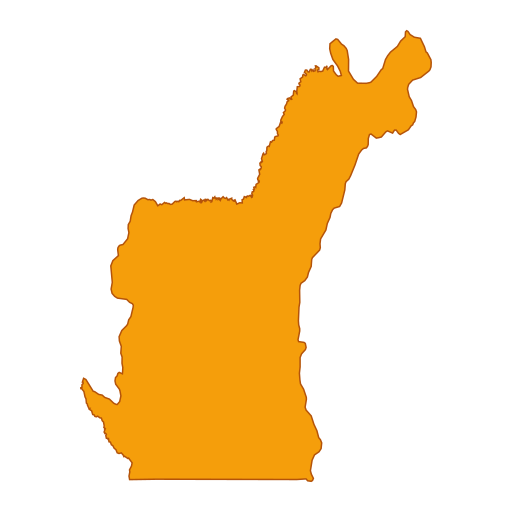 Juruá, Amazonas, Brazil
{"feature_id": "56859067B52882726289547", "entity_name": "Juruá", "entity_type": "district", "adm_level": 2, "iso_a3": "BRA", "parent_name": "Brazil", "parent_adm1": "Amazonas", "projection": "equal_earth", "projection_center": [-66.308, -3.375], "detail": "fine", "context": "isolated", "style": "filled", "palette": "amber", "viewbox_px": 512, "rotation_deg": 0, "n_neighbors": 0, "source": "geoboundaries", "source_scale": "gbopen_adm2", "svg_char_len": 5995}
<svg xmlns="http://www.w3.org/2000/svg" viewBox="0 0 512 512"><path d="M320.4,439.7L318.7,437.6L316.9,430.7L313.9,424.3L311.2,415.9L306.1,410.1L305.1,407.2L306.4,399.3L306.3,397.3L303.6,389.2L300.5,383.9L299.9,379.9L299.4,373.2L300.1,366.9L300.1,357.5L301.6,353.8L305.4,349.6L306.1,347.4L305.3,343.4L304.0,342.4L298.6,341.6L298.0,339.8L299.7,331.1L299.7,328.6L298.7,324.9L298.4,320.8L299.0,307.1L299.8,302.4L299.6,290.2L300.1,285.4L301.0,283.3L304.8,280.6L307.4,277.0L308.5,272.5L311.2,266.4L311.7,259.5L312.4,257.7L319.6,250.1L320.3,247.7L320.0,243.8L320.6,238.9L325.9,230.0L327.3,223.5L330.0,217.5L330.8,213.4L332.6,209.7L334.2,208.1L339.6,206.5L341.6,203.0L344.8,190.0L345.3,183.7L346.1,181.6L348.8,179.2L350.6,175.7L354.9,165.2L358.7,154.0L361.7,149.9L363.6,148.4L366.4,147.9L367.6,146.2L368.2,144.5L368.3,138.5L369.5,134.5L371.0,134.0L376.3,138.1L378.7,137.7L381.4,137.0L385.8,131.9L387.5,130.9L392.6,133.1L394.5,130.1L396.2,130.1L398.6,133.4L400.2,134.5L408.4,129.8L411.1,125.9L412.7,124.8L413.4,122.9L414.7,121.5L416.0,117.0L416.5,111.9L415.7,109.6L413.5,106.6L411.5,100.6L409.2,96.7L407.5,89.3L407.7,87.5L408.7,84.3L412.6,80.1L420.7,77.5L428.8,71.1L429.9,69.8L431.0,66.9L431.2,62.5L430.9,59.7L427.3,52.9L426.0,51.9L424.4,46.7L420.4,38.3L414.3,37.2L410.0,34.5L408.0,31.5L406.7,30.7L405.5,31.9L405.2,36.7L400.6,41.1L397.4,46.4L390.5,52.1L387.7,55.7L385.5,59.5L382.7,68.6L381.3,69.6L376.7,76.4L371.0,82.1L369.8,82.6L366.4,83.3L357.6,83.2L353.4,79.3L348.5,71.1L348.6,59.5L347.2,50.6L346.2,48.4L343.9,45.7L341.5,44.1L337.7,39.4L335.9,38.9L330.0,43.7L329.7,48.8L330.7,53.3L332.9,59.5L337.6,66.0L340.2,71.2L341.4,75.5L338.1,76.3L336.2,74.7L333.5,71.0L333.3,66.4L332.3,65.5L331.2,65.7L327.4,69.6L326.9,68.9L326.9,65.8L326.1,67.4L324.5,67.2L322.7,71.1L320.7,71.6L319.6,71.2L318.0,71.8L317.4,70.1L318.9,69.4L318.9,67.8L316.0,65.8L315.4,65.9L315.9,67.5L314.9,68.7L315.2,70.7L313.6,71.3L313.0,69.7L311.9,71.0L311.2,69.3L310.4,69.3L309.1,72.0L308.2,72.0L306.8,70.1L305.4,70.1L304.4,72.4L306.3,74.0L306.5,74.9L305.8,75.8L303.4,74.4L302.8,75.1L302.6,77.0L300.1,78.8L300.8,81.8L299.1,83.0L298.9,83.8L300.0,84.9L299.9,85.9L299.3,86.5L297.3,86.7L296.7,92.2L294.4,90.6L293.7,91.1L293.3,95.1L291.0,97.0L291.7,99.3L291.1,99.4L289.5,97.9L287.4,98.6L287.1,99.4L288.7,100.1L288.6,100.8L287.2,101.6L286.5,104.0L285.1,106.2L284.6,108.1L285.5,109.9L285.3,110.8L283.4,112.6L284.2,114.4L282.5,116.4L280.8,120.1L280.9,121.5L282.2,122.1L281.8,123.2L280.5,122.5L279.1,126.5L276.3,128.6L276.2,129.4L277.4,131.3L277.5,133.7L278.3,135.0L278.0,135.9L275.2,136.6L274.7,137.3L274.3,140.2L272.6,140.5L271.5,142.2L270.5,141.8L269.2,146.4L268.6,146.1L267.3,146.8L266.9,147.7L266.8,150.7L266.2,151.4L266.4,153.5L264.7,154.7L264.1,154.7L263.6,153.2L263.0,153.9L261.5,158.7L262.4,161.4L261.6,162.3L261.3,161.6L259.9,163.2L260.2,165.6L261.3,166.7L261.2,167.9L260.5,169.4L260.1,169.0L258.9,169.9L259.7,174.3L257.6,178.4L257.8,179.9L258.8,180.5L258.5,181.3L259.2,181.4L259.0,182.4L256.1,184.4L255.7,187.3L255.2,186.8L253.8,187.3L254.3,189.2L253.4,189.5L253.9,190.7L253.5,191.6L252.2,191.9L251.8,193.9L252.6,195.0L252.2,197.1L251.6,197.4L251.2,195.7L250.6,196.0L250.2,195.3L248.1,196.4L247.6,196.0L246.4,196.6L246.4,197.5L244.3,196.6L243.4,199.2L242.1,199.7L242.3,202.9L239.6,202.8L236.8,204.1L235.3,200.5L234.7,201.2L234.1,201.1L234.4,200.1L233.1,200.7L231.7,199.3L231.7,198.2L229.5,199.1L229.0,200.1L228.4,199.4L227.8,199.9L226.6,197.6L225.6,198.4L224.4,198.1L223.1,196.7L221.0,198.8L220.3,200.5L219.2,199.2L219.7,198.2L219.0,197.9L218.1,199.2L217.9,198.2L217.3,198.1L216.2,199.2L216.0,198.0L215.2,198.2L214.8,196.8L213.7,198.1L212.8,197.6L211.8,201.7L211.1,202.0L211.2,201.0L210.7,200.3L209.4,200.7L207.9,199.3L206.2,200.8L206.3,199.5L205.5,199.3L205.0,199.4L204.6,201.0L203.7,200.1L202.6,200.5L201.6,202.5L200.3,201.1L200.1,202.2L199.3,201.2L196.4,201.8L196.0,201.3L196.2,200.6L192.7,200.7L189.5,199.4L184.6,199.9L184.2,197.7L180.6,200.5L179.8,200.3L178.8,201.7L178.0,201.2L176.7,201.8L176.1,201.2L175.0,201.4L172.1,204.2L170.4,204.4L168.9,203.4L168.1,203.7L166.4,202.9L165.7,203.3L164.6,202.4L161.8,204.7L160.1,204.0L157.8,205.8L155.4,201.6L152.8,199.5L151.0,200.1L149.7,199.5L147.9,199.7L145.2,198.2L143.3,198.0L141.9,198.2L138.1,200.5L134.2,205.0L132.5,212.1L131.1,215.7L130.2,221.3L128.3,224.6L128.1,228.5L128.9,232.6L127.6,238.8L123.0,244.5L120.0,245.2L118.8,246.2L117.9,247.9L117.7,249.7L118.4,255.6L112.9,260.6L110.8,265.9L112.3,282.4L111.1,289.1L112.1,293.4L114.6,296.3L117.4,298.1L126.7,299.4L129.6,302.3L132.4,303.7L133.3,305.2L133.1,307.3L130.9,316.6L128.7,319.8L127.7,324.0L126.6,325.7L121.8,330.5L119.1,336.7L119.4,341.0L121.3,346.4L120.8,353.2L122.1,357.0L122.0,363.3L122.8,367.5L122.6,371.8L122.4,373.8L119.2,372.4L117.9,373.4L117.1,375.9L115.5,377.6L115.0,380.9L115.7,384.2L119.4,389.2L120.0,391.0L120.9,395.9L119.7,401.6L117.2,404.5L115.9,404.3L113.7,403.2L109.4,399.1L104.7,397.4L102.2,395.1L98.7,394.4L94.6,391.6L93.2,391.3L85.9,379.5L83.6,378.3L82.4,382.1L83.0,382.2L83.1,383.6L82.0,384.6L81.9,387.6L80.8,387.8L80.9,388.6L81.5,388.5L83.9,391.5L85.0,396.8L86.0,398.9L86.4,403.1L87.4,404.1L87.4,405.0L89.0,408.6L89.8,408.5L89.3,409.3L91.6,410.8L92.7,414.5L94.0,414.8L94.9,416.4L96.3,416.8L97.7,416.2L100.0,417.9L101.4,418.1L102.2,420.7L103.5,422.0L104.2,425.9L103.9,427.5L104.7,428.0L104.6,428.9L105.2,428.9L104.1,432.0L104.9,433.5L105.4,433.2L106.4,434.3L105.8,435.6L106.4,438.3L107.6,438.4L108.0,439.2L108.5,438.8L109.0,441.8L110.4,442.1L111.4,444.8L112.8,445.6L114.2,448.3L115.9,449.6L117.2,452.8L119.0,453.5L121.3,452.9L123.1,454.9L123.9,456.6L124.5,456.2L127.9,458.5L128.6,458.1L132.1,462.8L131.5,466.0L129.5,469.9L129.8,471.9L129.0,476.1L129.6,479.6L156.0,479.2L296.9,479.5L306.0,478.9L307.7,480.8L311.2,481.3L312.5,480.5L313.4,478.4L311.4,474.3L310.4,470.7L312.1,460.2L314.5,454.9L319.0,451.8L321.1,448.6L321.7,442.9L320.4,439.7ZM296.7,92.2L297.1,92.9L297.0,93.8L296.5,93.2L296.7,92.2ZM200.3,201.1L201.2,200.5L201.2,199.7L200.6,199.3L200.3,201.1Z" fill="#f59e0b" stroke="#b45309" stroke-width="1.5"/></svg>